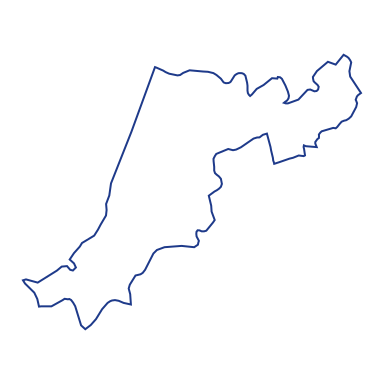 map outline of Leiria (Robinson projection)
{"feature_id": "PRT-740", "entity_name": "Leiria", "entity_type": "District", "adm_level": 1, "iso_a3": "PRT", "parent_name": "Portugal", "parent_adm1": "", "projection": "robinson", "projection_center": [-8.666, 39.654], "detail": "fine", "context": "isolated", "style": "outline", "palette": "blue", "viewbox_px": 384, "rotation_deg": 0, "n_neighbors": 0, "source": "natural_earth", "source_scale": "10m", "svg_char_len": 2648}
<svg xmlns="http://www.w3.org/2000/svg" viewBox="0 0 384 384"><path d="M39.0,306.6L37.3,299.0L34.3,292.7L25.0,283.5L23.0,280.3L26.0,279.4L37.7,282.6L56.9,270.6L61.7,266.6L67.0,266.1L70.2,269.8L72.9,270.5L75.9,267.5L74.0,263.4L69.7,259.5L74.0,253.1L79.8,246.6L82.0,243.0L86.8,240.1L94.2,235.6L98.0,229.6L100.7,224.5L106.0,215.5L106.6,210.0L106.1,204.0L109.3,195.5L111.0,183.4L131.4,131.8L155.0,67.1L156.6,67.7L163.2,70.6L165.6,72.1L169.2,73.7L177.5,75.4L180.1,75.0L183.2,72.9L189.6,70.3L202.9,71.5L208.0,71.8L213.4,73.1L216.5,75.0L220.9,78.7L223.3,82.0L224.0,82.6L225.9,83.2L228.6,83.0L230.0,82.3L230.7,81.7L234.7,75.4L236.5,74.1L238.4,73.2L240.3,73.1L241.9,73.2L243.7,73.9L245.4,75.7L247.1,82.7L247.5,85.7L247.5,90.7L247.9,93.1L248.9,94.8L250.1,96.0L251.9,94.5L256.7,88.9L263.6,85.0L272.0,78.2L277.3,78.6L277.8,77.0L280.1,77.3L281.9,78.8L285.4,85.5L287.9,91.6L289.0,95.8L288.5,98.4L287.1,100.5L285.2,101.8L284.0,102.8L285.8,103.4L287.9,103.4L298.4,99.6L307.5,89.9L310.2,89.5L314.4,91.3L316.6,91.0L318.1,89.5L318.7,86.8L317.6,85.0L314.5,82.2L313.6,81.2L313.1,78.9L312.9,77.0L316.9,71.1L327.9,61.8L335.7,64.6L343.6,54.8L347.0,56.7L348.6,58.0L350.2,60.3L351.2,62.4L349.4,71.2L350.2,76.6L361.0,93.0L358.0,95.2L356.9,96.5L355.7,99.8L356.4,101.3L356.8,102.6L357.1,103.1L356.2,107.0L351.2,116.4L348.7,118.7L346.2,120.2L344.0,120.7L341.6,121.7L339.4,124.2L337.2,127.0L335.7,128.3L333.2,127.9L321.7,131.3L320.3,132.6L318.9,134.5L319.0,136.1L318.9,138.0L317.3,139.2L315.3,142.0L315.3,143.6L316.7,147.1L305.8,146.2L303.9,145.4L303.6,147.0L304.1,149.2L305.0,155.4L303.7,156.1L298.7,155.5L293.0,157.8L289.6,158.6L278.9,162.3L274.2,163.8L273.9,162.4L273.2,160.5L272.9,157.9L271.1,150.4L270.5,147.0L266.9,133.6L262.9,134.8L259.5,137.4L257.0,137.5L253.5,138.6L240.9,147.3L236.1,149.6L233.0,150.2L228.2,149.0L216.3,153.9L214.9,156.0L213.5,158.8L213.6,161.2L214.2,166.9L214.2,170.6L215.0,173.1L216.7,174.7L218.9,176.4L220.9,178.8L221.9,183.9L220.9,186.8L219.0,188.7L216.9,190.2L214.5,191.5L208.8,195.7L211.2,205.7L211.6,211.6L214.7,220.0L213.0,222.5L206.3,230.7L204.2,231.3L201.6,231.3L199.6,230.4L197.6,230.3L196.5,231.8L196.3,233.9L196.6,236.5L198.4,239.9L198.8,240.6L198.8,241.2L198.4,242.3L197.9,244.7L194.2,247.2L181.6,245.9L164.5,247.2L156.9,250.0L153.4,253.5L145.1,269.8L142.7,272.9L140.5,274.3L135.5,275.5L129.8,284.7L128.7,288.5L130.2,294.2L130.9,304.5L123.6,302.9L118.7,300.8L115.0,300.1L112.0,300.5L110.2,301.2L107.6,302.9L102.1,309.2L96.0,319.1L90.8,325.0L85.3,329.2L81.1,325.4L75.2,306.2L73.1,302.6L71.1,300.0L69.3,299.0L68.0,299.3L64.6,298.8L62.5,300.2L51.5,306.3L41.4,306.3L39.0,306.6L39.0,306.6Z" fill="none" stroke="#1e3a8a" stroke-width="2"/></svg>